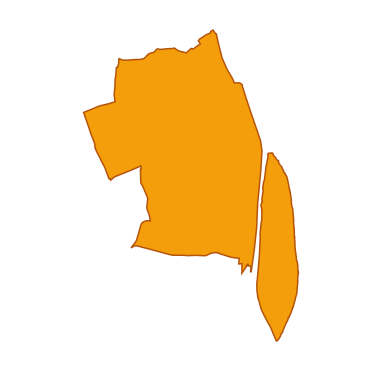 Misr Al-Qadima, Al Qahirah, Egypt (Mercator projection), rotated 173°
{"feature_id": "37247803B34541492244214", "entity_name": "Misr Al-Qadima", "entity_type": "district", "adm_level": 2, "iso_a3": "EGY", "parent_name": "Egypt", "parent_adm1": "Al Qahirah", "projection": "mercator", "projection_center": [31.232, 30.011], "detail": "fine", "context": "isolated", "style": "filled", "palette": "amber", "viewbox_px": 384, "rotation_deg": 173, "n_neighbors": 0, "source": "geoboundaries", "source_scale": "gbopen_adm2", "svg_char_len": 5744}
<svg xmlns="http://www.w3.org/2000/svg" viewBox="0 0 384 384"><g transform="rotate(173 192 192)"><path d="M241.1,140.5L228.2,135.2L220.8,132.2L217.7,131.4L211.0,130.6L207.5,130.1L206.6,130.0L204.6,129.4L196.4,128.7L187.1,127.2L186.0,127.2L184.6,127.6L180.5,128.9L176.9,129.1L174.6,128.7L171.1,127.0L167.0,125.1L161.7,122.7L159.8,122.1L158.1,121.6L156.2,121.1L153.2,120.4L154.4,114.9L152.0,114.8L151.1,114.9L152.4,105.3L147.7,110.7L145.9,113.5L145.0,113.2L145.7,111.9L142.6,111.2L143.5,105.7L143.0,105.6L137.2,127.2L132.2,148.6L128.2,172.8L121.5,203.0L117.5,224.3L117.7,234.4L125.7,272.5L129.1,290.6L129.2,292.6L131.3,294.4L131.7,294.5L136.8,295.2L137.9,299.5L142.5,310.1L145.9,321.8L147.9,338.0L148.6,345.9L148.9,345.9L149.3,346.1L151.4,350.2L153.9,349.0L154.1,348.3L154.2,347.8L154.5,347.6L158.9,346.3L159.8,345.8L166.0,342.7L167.2,341.3L165.7,338.0L169.3,336.1L173.2,333.8L175.3,334.6L180.9,330.8L183.8,332.1L186.1,332.9L187.5,333.4L188.9,334.3L192.0,337.0L194.4,336.8L198.7,337.2L204.6,337.3L206.0,337.4L208.7,338.2L209.2,338.2L209.8,337.9L212.0,336.0L213.2,335.3L213.6,335.1L214.4,335.1L217.0,334.8L217.9,334.5L219.8,333.2L222.7,330.8L223.3,330.5L223.9,330.2L227.4,329.9L232.3,330.4L238.8,330.7L240.0,330.7L242.5,331.1L243.3,331.0L245.7,331.9L248.0,333.2L248.5,332.8L249.0,329.5L249.3,328.0L250.0,326.5L250.2,325.9L250.5,324.8L251.8,324.9L253.6,316.5L254.6,313.0L255.8,305.2L257.3,298.9L257.4,297.0L257.4,292.2L257.4,290.9L264.2,289.7L267.8,289.3L272.9,288.8L274.3,288.5L282.9,286.0L289.9,284.2L286.4,267.9L285.2,261.5L284.3,258.4L283.2,254.0L282.9,252.6L282.8,252.0L282.7,251.3L282.7,250.2L282.8,249.0L282.8,248.2L282.7,247.5L282.6,246.8L282.4,246.0L282.2,245.3L282.0,244.5L279.8,238.6L277.8,232.8L275.6,226.9L274.8,223.8L272.7,215.0L272.3,215.0L272.1,215.2L271.5,215.1L271.3,214.8L271.2,214.6L271.2,214.3L271.1,213.7L268.7,215.4L267.2,216.4L262.5,217.7L251.3,220.7L242.5,223.2L239.8,224.2L239.4,221.3L240.4,221.0L240.5,219.9L241.7,207.7L241.4,206.2L240.5,204.6L238.4,197.5L236.8,191.6L236.7,190.9L236.9,189.9L238.8,182.0L238.6,180.1L238.3,178.7L237.2,174.1L237.1,172.9L236.9,168.5L240.8,168.9L242.1,168.8L243.0,168.6L243.6,168.4L244.4,168.0L245.1,167.5L245.8,166.9L246.1,166.6L246.4,166.0L246.8,165.3L247.9,162.9L249.9,157.9L251.4,154.5L252.4,152.1L253.1,150.7L253.5,150.1L254.1,149.4L254.7,148.6L255.3,148.0L256.4,147.0L257.2,146.1L258.0,145.3L258.7,144.6L259.3,143.8L258.5,144.3L256.9,145.1L256.0,145.4L254.9,145.4L254.2,145.4L253.3,145.2L251.9,144.8L249.8,143.9L241.1,140.5ZM121.9,38.1L120.3,41.1L119.7,41.1L118.9,42.3L119.0,42.8L118.0,44.4L115.4,49.0L113.9,51.4L112.9,52.5L112.5,53.5L111.7,55.5L111.4,55.3L108.7,59.6L106.0,65.2L105.7,65.3L105.3,66.3L103.9,69.7L101.9,74.9L100.9,77.3L100.3,78.6L100.0,80.2L99.4,83.2L98.9,85.7L97.9,89.9L98.1,89.9L98.0,91.2L96.8,97.4L96.6,97.4L96.4,98.8L96.2,98.8L96.2,99.5L96.3,99.5L96.2,100.6L96.5,100.7L96.4,101.9L96.3,103.0L96.0,106.3L96.0,109.8L96.2,110.2L96.4,111.1L96.6,112.6L96.4,114.4L96.5,118.7L96.5,123.6L96.2,128.4L96.0,128.9L95.8,134.4L95.5,134.4L95.4,134.7L95.7,134.9L96.0,136.0L95.6,136.8L95.4,139.1L95.3,141.1L94.9,144.0L94.9,144.4L95.0,144.4L95.1,145.2L95.0,147.6L95.0,149.1L95.0,149.6L95.0,150.1L94.9,150.4L94.9,150.5L94.6,150.7L94.5,151.0L94.5,151.3L94.5,151.5L94.5,152.5L94.3,157.5L94.3,159.5L94.2,160.7L94.1,163.5L94.6,165.3L94.7,167.8L94.6,169.8L94.6,171.4L94.3,171.5L94.4,173.0L94.5,178.2L94.9,183.4L95.1,183.5L95.2,185.1L95.1,185.3L95.1,186.2L95.6,192.0L96.1,196.1L96.7,197.2L97.4,198.5L97.5,198.9L97.5,199.0L97.4,199.1L97.5,199.5L97.7,199.8L97.8,200.0L98.0,200.0L98.3,200.4L98.5,200.7L98.6,201.1L98.7,201.6L98.6,201.9L98.6,202.0L99.0,203.2L99.8,205.0L99.8,205.4L99.7,205.6L99.7,205.8L99.8,205.9L99.8,206.1L100.1,206.3L100.4,206.5L100.7,207.1L101.1,207.7L101.3,208.1L101.5,208.7L102.1,209.9L102.5,210.9L102.5,211.2L102.5,211.4L102.5,211.5L102.4,211.7L102.3,211.9L102.3,212.0L102.3,212.3L102.5,212.4L102.6,212.6L102.9,212.9L103.6,213.5L103.9,213.7L104.0,213.9L104.2,214.2L104.5,214.8L104.8,215.7L105.1,216.4L105.5,216.9L106.1,217.6L106.6,218.3L106.7,218.7L106.8,219.0L106.8,219.4L106.8,219.7L106.8,219.9L106.9,220.2L107.0,220.4L107.2,220.6L107.5,220.9L107.9,221.0L108.3,221.1L108.8,221.1L111.1,221.1L111.5,221.0L111.8,220.8L111.9,220.7L112.2,220.5L112.3,220.2L112.3,219.8L112.1,219.7L111.9,219.4L111.9,219.2L112.6,216.8L113.2,214.8L113.6,213.7L114.3,211.6L115.1,209.1L115.6,207.7L116.2,205.2L116.5,203.8L116.6,203.3L118.2,197.1L118.3,196.5L118.4,196.0L118.6,195.5L118.7,195.1L119.4,193.9L119.7,193.1L119.8,192.7L120.2,191.3L121.4,186.8L121.5,186.4L121.5,186.2L121.3,185.8L121.2,185.7L121.1,185.4L121.1,185.2L121.2,184.7L121.4,183.9L122.2,181.1L122.5,180.2L123.0,178.0L123.5,176.1L123.7,175.3L123.7,174.9L123.7,174.6L123.6,174.4L123.2,173.9L123.2,173.7L123.5,173.5L123.8,173.1L124.1,172.8L124.3,172.4L124.7,171.9L125.0,171.2L125.1,170.7L125.1,170.1L125.1,169.3L125.0,169.0L124.9,166.7L125.0,165.8L125.0,165.4L125.0,164.8L125.2,163.2L125.3,161.2L125.5,160.7L125.6,160.0L125.7,159.3L125.8,158.6L125.8,158.1L125.9,157.5L126.2,155.6L126.3,155.0L126.6,154.5L126.7,153.9L127.0,153.3L127.1,152.8L127.4,151.5L127.5,150.9L127.7,150.3L127.9,149.7L128.0,149.1L128.1,148.5L128.3,147.8L128.4,147.1L128.6,145.9L129.1,144.7L129.1,144.1L129.2,143.5L129.5,142.2L129.6,141.6L129.6,141.0L129.5,140.4L129.6,139.8L129.7,139.2L129.9,138.5L130.1,137.3L130.4,135.4L130.4,134.8L130.5,134.3L130.8,132.4L130.9,131.8L131.0,131.2L131.1,130.6L131.3,130.0L131.4,129.4L131.6,128.2L131.7,127.4L133.0,120.1L136.1,105.2L136.4,104.2L137.5,98.8L138.3,95.5L139.0,91.8L139.5,86.7L139.5,78.5L139.0,76.9L137.7,67.7L137.4,66.6L135.8,61.7L135.4,60.7L133.3,54.9L130.5,48.2L128.3,40.2L127.6,38.0L126.5,34.1L126.2,33.8L125.5,33.9L122.9,36.6L122.7,36.9L121.9,38.1Z" fill="#f59e0b" stroke="#b45309" stroke-width="1.5"/></g></svg>